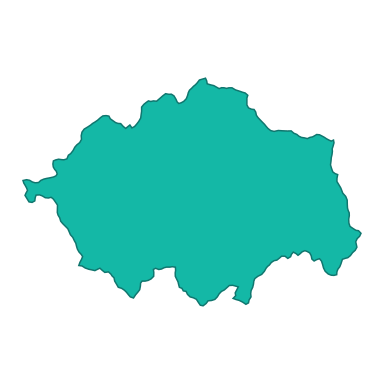 the district of Águas Formosas, Minas Gerais, Brazil
{"feature_id": "56859067B69093601500808", "entity_name": "Águas Formosas", "entity_type": "district", "adm_level": 2, "iso_a3": "BRA", "parent_name": "Brazil", "parent_adm1": "Minas Gerais", "projection": "orthographic", "projection_center": [-40.979, -17.037], "detail": "fine", "context": "isolated", "style": "filled", "palette": "teal", "viewbox_px": 384, "rotation_deg": 0, "n_neighbors": 0, "source": "geoboundaries", "source_scale": "gbopen_adm2", "svg_char_len": 4258}
<svg xmlns="http://www.w3.org/2000/svg" viewBox="0 0 384 384"><path d="M333.5,140.1L331.2,141.1L328.8,140.0L326.4,138.7L324.5,137.4L322.3,136.2L319.6,134.8L316.7,134.5L314.7,135.7L312.5,136.9L309.9,137.4L307.4,138.6L304.6,137.9L301.4,137.4L298.9,136.2L296.8,134.4L293.8,133.2L291.2,130.9L287.4,131.0L282.5,130.8L278.3,130.5L274.1,131.4L270.7,130.6L267.9,128.4L266.0,126.2L264.5,124.3L262.4,122.2L259.8,119.5L258.0,117.6L256.4,115.3L255.7,112.0L254.1,109.5L251.5,109.2L248.5,107.9L246.9,104.9L246.9,98.0L247.8,95.3L245.2,93.0L242.1,92.1L239.6,91.2L235.5,89.9L232.0,87.8L228.9,87.8L226.6,88.4L224.2,87.8L221.6,87.7L219.1,88.6L216.8,87.3L213.8,85.6L210.4,84.8L207.2,83.8L206.7,80.9L205.5,78.2L202.4,79.1L199.4,80.0L197.1,83.0L195.4,84.8L193.5,86.3L191.7,88.2L189.5,90.2L188.3,92.7L187.6,95.4L186.3,98.7L183.7,101.4L181.1,102.8L178.8,103.5L177.1,101.9L176.0,99.3L174.0,95.9L171.4,94.2L168.8,94.3L165.6,93.7L162.8,95.8L160.2,98.1L156.6,101.2L153.4,100.9L150.8,101.5L148.4,100.9L146.4,102.3L143.9,104.3L141.6,107.1L141.6,111.3L141.1,114.9L140.7,118.0L138.7,121.5L136.7,124.1L134.5,126.6L131.9,127.9L129.9,125.0L127.9,126.6L125.7,128.4L123.2,126.4L120.7,123.6L117.9,123.4L115.6,122.6L113.2,120.9L110.3,118.8L108.9,116.1L106.1,115.6L102.9,115.9L100.5,117.6L97.5,120.3L94.7,122.2L92.5,123.5L90.6,125.1L88.0,126.8L84.2,129.1L82.0,132.1L81.2,135.7L81.5,139.4L79.7,142.6L76.8,144.9L74.8,147.2L73.1,150.5L70.7,153.6L68.4,155.2L66.9,158.9L63.8,159.8L61.3,159.6L58.6,159.2L55.7,159.9L53.4,160.9L52.9,164.0L53.3,167.0L54.6,169.3L56.3,171.3L57.2,174.0L55.9,175.9L53.5,177.0L49.5,177.9L46.7,178.4L43.8,179.1L40.8,180.4L38.6,182.5L35.2,182.8L32.4,182.0L29.6,180.3L26.6,179.7L23.0,180.5L23.8,183.1L25.0,185.1L26.6,188.0L27.5,190.4L26.0,193.1L25.0,195.4L27.1,198.8L29.0,201.9L32.1,202.4L34.8,200.9L35.2,197.7L36.1,195.1L39.6,194.9L42.3,195.9L45.2,197.7L48.4,198.0L51.1,197.3L53.3,199.0L54.8,201.1L56.1,203.0L57.5,205.1L57.4,208.5L57.3,212.5L58.1,215.2L59.7,217.8L60.7,221.2L62.7,223.6L65.1,226.0L67.8,228.7L69.1,231.6L70.4,234.7L72.8,237.4L74.4,240.8L75.8,243.2L76.6,246.5L77.4,249.1L79.0,252.0L81.4,254.6L82.6,256.6L81.6,259.2L79.9,262.4L78.8,265.5L82.1,266.0L85.2,268.0L88.9,269.3L91.4,269.8L94.9,270.6L97.7,269.2L99.9,268.2L102.2,270.3L104.8,272.4L108.5,271.9L110.9,274.1L112.2,276.1L114.0,277.7L114.7,281.1L116.6,284.3L118.3,287.3L121.6,288.3L124.5,290.3L126.5,292.3L128.4,294.7L130.3,296.9L133.5,298.0L135.6,294.8L137.9,292.1L139.7,289.7L140.4,286.1L140.6,283.0L142.1,281.1L145.2,281.1L148.2,280.4L151.1,278.9L153.7,276.3L153.8,272.5L153.4,269.4L155.6,268.3L158.8,269.5L161.6,269.0L163.9,267.8L166.5,267.1L170.0,267.1L172.3,266.7L175.4,267.2L175.6,270.4L175.2,272.9L175.3,276.3L176.5,278.8L178.0,281.8L178.7,284.8L179.4,287.3L182.0,288.4L183.3,290.9L186.1,291.4L187.5,294.4L190.1,296.9L193.4,297.8L196.4,299.3L198.5,302.6L200.3,305.2L203.1,305.8L206.1,303.5L208.1,300.8L211.5,300.5L214.9,299.4L217.3,296.9L219.1,293.9L221.5,291.4L224.4,289.9L227.3,287.3L229.3,285.5L232.6,285.3L235.3,286.0L238.3,286.9L236.7,290.0L235.2,292.9L235.7,295.7L233.1,298.4L235.9,299.5L239.2,300.4L242.6,302.1L245.9,304.3L248.5,302.9L249.1,299.9L251.0,296.9L250.7,293.6L251.1,290.6L252.7,287.3L253.5,284.0L253.8,281.2L254.8,278.6L258.0,276.2L261.7,274.4L264.4,271.3L266.1,268.2L267.6,266.4L269.4,265.0L271.3,262.5L274.0,260.7L276.9,260.1L279.2,258.3L281.6,256.2L285.0,256.2L287.8,258.4L290.6,256.7L291.4,254.4L293.3,252.1L296.2,253.7L298.0,255.3L299.9,253.9L302.2,251.8L304.9,250.7L307.2,251.5L309.7,252.9L311.2,255.7L311.9,259.1L314.1,261.0L316.7,259.6L319.5,258.7L321.5,261.1L322.6,264.5L323.5,267.9L325.2,271.3L328.2,274.0L331.2,275.2L333.9,275.4L336.7,274.7L336.9,271.8L337.9,269.2L339.8,266.7L341.0,263.7L342.4,259.3L345.4,258.3L347.8,257.7L350.4,255.6L352.5,252.7L355.2,250.3L356.9,247.2L356.4,244.8L355.7,241.8L357.2,238.6L359.6,236.3L361.0,233.3L358.5,230.7L355.9,230.3L352.9,228.4L350.0,226.4L348.9,223.1L348.7,219.2L349.3,215.7L349.2,212.8L348.2,210.6L347.5,208.1L347.3,204.5L347.2,200.1L345.7,196.4L342.8,193.2L341.8,190.6L340.8,188.0L338.8,184.6L336.9,181.5L337.0,178.1L337.7,174.6L335.1,173.6L332.8,171.9L331.5,168.3L330.5,164.9L331.0,161.1L331.3,157.6L332.0,154.6L332.4,151.4L332.2,148.8L333.1,146.1L334.0,142.8L333.5,140.1Z" fill="#14b8a6" stroke="#0f766e" stroke-width="1.5"/></svg>